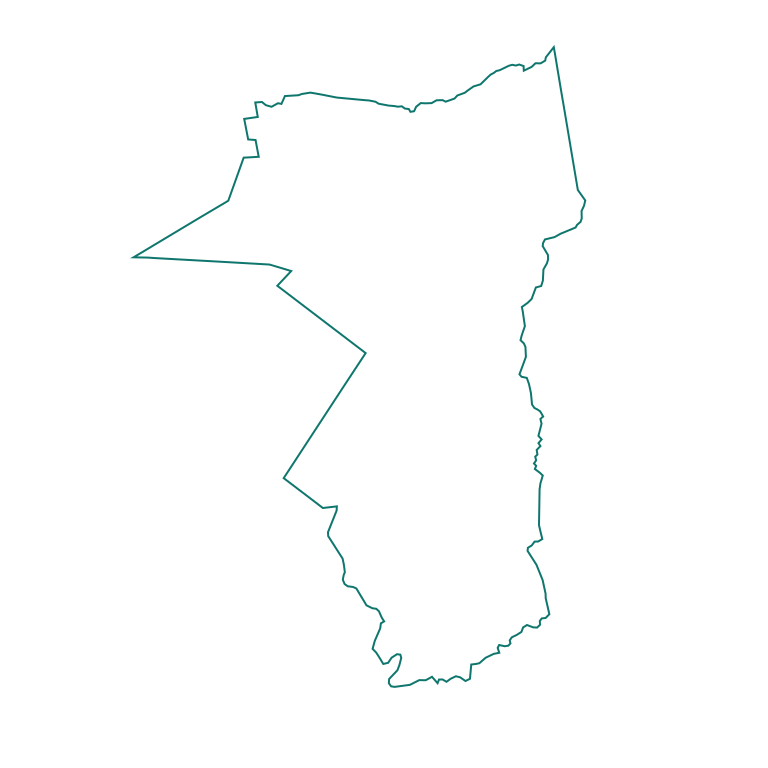 São Luiz, Roraima, Brazil, rotated 351°
{"feature_id": "56859067B55722960817653", "entity_name": "São Luiz", "entity_type": "district", "adm_level": 2, "iso_a3": "BRA", "parent_name": "Brazil", "parent_adm1": "Roraima", "projection": "orthographic", "projection_center": [-60.131, 0.848], "detail": "fine", "context": "isolated", "style": "outline", "palette": "teal", "viewbox_px": 768, "rotation_deg": 351, "n_neighbors": 0, "source": "geoboundaries", "source_scale": "gbopen_adm2", "svg_char_len": 2857}
<svg xmlns="http://www.w3.org/2000/svg" viewBox="0 0 768 768"><g transform="rotate(351 384 384)"><path d="M300.9,85.8L301.1,100.5L287.4,100.3L288.1,121.2L295.3,122.9L295.8,140.0L280.8,138.5L258.9,178.6L254.2,180.5L230.7,189.8L156.5,219.7L170.5,222.2L178.4,224.0L237.2,236.7L289.6,248.1L310.0,257.9L294.0,270.3L370.7,350.6L343.7,380.2L270.2,461.3L285.9,477.7L290.8,482.8L304.2,496.9L318.3,497.5L317.4,501.6L305.5,521.6L305.1,525.5L315.8,550.0L316.1,556.2L315.9,563.7L314.3,566.4L312.7,570.9L313.8,575.4L316.5,578.1L321.6,579.6L324.7,581.6L332.1,599.9L337.5,603.7L341.2,604.8L343.5,607.8L345.2,614.4L347.0,618.5L343.5,619.9L342.0,624.8L334.7,636.3L331.3,643.8L334.3,648.1L336.0,651.9L339.5,660.4L344.5,660.0L348.7,655.5L354.6,652.9L357.8,653.9L358.2,657.2L355.2,664.1L352.5,668.8L342.9,676.2L342.0,680.3L343.7,683.7L347.0,684.8L362.5,685.2L372.5,682.0L378.9,683.1L385.6,680.7L390.1,687.9L392.1,684.5L395.6,685.0L399.2,687.9L403.6,685.6L409.3,683.9L413.3,685.6L418.0,690.1L422.8,688.6L426.3,674.7L431.0,674.9L434.5,674.7L441.5,670.3L450.2,667.7L455.8,667.5L455.0,662.4L456.9,659.8L462.2,661.9L465.9,661.9L468.3,660.0L468.1,656.8L470.6,654.2L475.8,652.6L480.9,650.4L483.3,646.2L487.5,644.4L493.3,647.7L497.1,648.5L500.5,646.2L500.8,642.5L503.1,640.2L507.0,640.4L511.3,637.2L510.2,620.8L510.8,616.3L510.0,602.4L506.3,586.4L499.7,571.3L500.5,568.3L504.6,566.6L508.1,563.2L511.5,563.7L516.1,561.9L515.5,554.9L515.0,547.7L521.2,512.3L523.0,506.5L526.5,499.2L524.1,496.1L519.7,491.6L521.5,488.6L519.7,486.0L522.3,483.2L522.0,479.4L524.5,477.7L524.5,473.0L528.8,469.8L527.3,466.6L531.0,463.4L528.4,459.4L531.2,453.0L533.4,447.8L533.0,443.0L536.1,441.0L534.0,435.5L531.7,433.3L528.8,431.2L527.0,427.4L527.7,415.9L527.2,406.7L526.0,400.3L521.0,398.4L519.3,395.6L521.8,391.2L528.4,379.4L529.5,369.6L528.5,365.8L525.7,362.1L527.5,357.8L532.2,348.9L532.4,334.4L532.2,329.5L538.6,326.3L543.1,323.1L549.1,312.4L554.6,311.8L557.1,306.7L559.4,295.8L563.8,290.3L565.6,286.5L566.1,282.2L562.3,272.6L563.2,269.6L565.6,266.4L575.4,265.6L581.9,263.2L597.7,259.4L599.6,257.0L603.5,254.6L605.2,251.4L606.2,244.0L609.4,239.3L611.5,234.2L605.8,222.7L605.0,137.4L604.8,122.7L604.5,84.3L604.4,77.9L595.0,86.6L593.8,89.8L588.8,91.8L583.8,90.9L579.4,93.9L571.1,96.4L571.6,91.8L567.5,89.6L564.1,90.1L560.6,88.8L557.1,89.2L547.2,92.2L543.9,92.4L541.2,93.9L537.7,95.1L534.4,97.3L526.2,103.1L519.0,104.1L512.8,107.1L509.3,109.0L501.6,110.5L498.3,113.1L489.1,114.8L486.3,112.8L480.3,112.0L475.0,114.0L469.1,113.3L464.2,112.3L459.1,115.2L456.4,119.3L452.7,119.3L451.5,116.3L447.7,115.2L445.0,112.5L441.2,112.3L437.3,111.0L432.0,109.7L422.5,106.3L419.8,103.9L413.5,101.6L408.8,100.5L382.2,93.7L367.7,88.4L362.5,86.6L356.9,84.7L348.2,84.7L344.7,85.4L331.2,84.1L329.0,87.5L326.5,91.3L323.2,90.1L316.3,92.6L310.9,90.1L307.6,86.4L300.9,85.8Z" fill="none" stroke="#0f766e" stroke-width="2"/></g></svg>